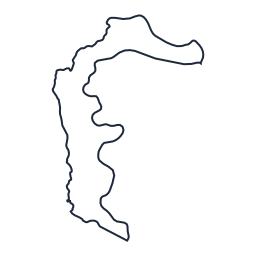 the border of Azad Kashmir
{"feature_id": "PAK-1109", "entity_name": "Azad Kashmir", "entity_type": "Centrally Administered Area", "adm_level": 1, "iso_a3": "PAK", "parent_name": "Pakistan", "parent_adm1": "", "projection": "mercator", "projection_center": [73.919, 33.973], "detail": "fine", "context": "isolated", "style": "outline", "palette": "slate", "viewbox_px": 256, "rotation_deg": 0, "n_neighbors": 0, "source": "natural_earth", "source_scale": "10m", "svg_char_len": 4113}
<svg xmlns="http://www.w3.org/2000/svg" viewBox="0 0 256 256"><path d="M200.8,63.4L199.9,62.7L196.9,62.7L191.6,63.9L184.0,64.2L155.4,58.5L134.9,50.9L129.7,50.1L124.6,50.5L119.4,52.6L113.3,57.1L111.2,58.2L98.3,60.5L97.2,61.0L94.8,63.0L94.7,65.3L95.3,67.8L95.4,70.6L94.2,72.6L90.3,75.4L89.0,77.6L88.8,81.3L88.4,82.5L87.7,83.3L85.7,84.4L84.8,85.1L83.5,87.3L83.1,89.7L83.7,92.1L85.5,94.0L87.5,95.2L89.5,96.0L91.6,96.3L93.9,96.1L96.3,96.3L97.7,98.0L99.5,102.9L100.6,104.7L101.3,106.9L101.0,108.9L99.5,110.3L94.6,112.9L92.7,114.9L92.0,117.9L92.8,120.8L94.6,123.4L97.0,125.2L99.5,125.7L105.0,124.3L106.7,124.4L111.0,125.9L113.9,125.8L117.0,125.0L119.9,124.9L122.5,126.7L123.5,129.9L122.7,133.0L120.8,135.8L118.6,138.1L115.8,140.1L112.9,141.4L104.2,142.9L102.3,144.7L99.5,149.7L99.0,150.9L98.6,152.1L98.4,153.4L98.2,156.2L98.4,157.8L98.8,159.2L99.5,160.5L103.4,163.8L108.5,166.7L112.9,170.2L114.2,175.5L112.5,183.0L110.0,190.0L109.2,191.7L108.3,193.0L107.2,194.2L105.9,195.2L102.8,196.4L101.5,197.3L100.7,199.0L100.5,203.3L101.6,206.3L103.8,208.6L106.7,210.7L109.4,213.4L113.9,219.6L116.9,221.4L124.4,222.7L126.7,224.1L127.5,226.2L127.7,231.1L128.7,236.1L128.5,238.1L127.6,239.9L127.1,240.6L100.0,226.5L99.5,225.9L98.1,223.5L98.1,223.4L97.8,222.9L97.4,222.4L96.8,221.8L95.4,221.0L93.9,220.6L91.1,220.7L90.0,220.9L89.2,221.2L87.6,222.0L87.0,222.2L85.6,222.1L84.0,221.1L83.0,220.6L82.2,219.1L79.6,217.5L74.8,215.3L72.2,213.5L70.7,211.5L72.6,209.7L72.5,208.6L73.0,207.8L73.3,206.8L73.4,205.6L72.9,204.6L72.2,204.0L70.6,203.0L70.3,202.5L70.2,201.9L70.2,201.3L70.1,201.0L69.7,201.0L69.0,201.1L68.9,201.2L68.5,201.4L67.9,201.4L67.6,201.5L67.4,201.3L67.3,200.4L67.5,200.3L68.0,200.2L68.7,199.8L68.9,199.6L68.8,197.7L68.5,195.8L68.4,194.0L68.7,193.0L68.9,192.3L69.2,191.2L68.8,190.3L67.8,189.0L67.0,187.7L66.8,185.9L67.5,184.7L68.5,183.6L69.3,180.7L69.9,180.2L70.0,180.2L70.6,180.0L71.1,179.6L71.2,178.7L71.0,177.9L70.7,177.2L70.1,174.0L70.1,173.1L70.4,172.4L70.9,172.2L71.4,171.9L71.8,171.0L71.6,169.4L71.0,167.6L70.1,165.9L69.2,164.7L67.0,162.7L66.7,162.0L67.2,160.6L67.0,160.0L67.1,159.1L68.6,155.9L68.9,154.6L68.9,152.8L68.6,151.0L68.0,149.4L67.0,148.0L66.2,145.4L67.5,138.2L67.3,134.9L62.3,125.4L62.3,125.2L61.5,119.5L60.0,113.6L60.0,112.4L59.9,111.8L59.9,111.5L60.1,108.4L60.0,106.7L58.7,99.8L58.7,99.7L57.5,98.4L57.2,97.5L56.5,96.1L53.2,91.3L52.7,89.3L53.0,88.8L53.9,87.1L54.3,85.9L54.7,84.1L54.8,83.9L54.9,83.4L54.8,80.4L54.9,80.0L54.9,79.9L55.0,79.7L55.5,78.8L55.6,78.6L55.7,78.2L55.7,77.9L55.6,75.3L55.6,74.9L55.8,74.5L56.2,73.7L56.3,73.4L56.4,73.1L56.4,72.2L56.4,71.7L56.5,71.3L56.7,70.9L57.1,70.5L57.8,70.1L60.3,69.7L60.6,69.6L61.1,69.7L62.8,70.0L63.0,70.0L63.5,70.0L65.1,69.2L66.1,68.7L66.8,68.4L67.5,68.3L68.2,68.3L68.4,68.3L68.9,68.4L69.3,68.7L69.4,68.9L69.5,69.1L69.7,69.6L70.0,70.2L70.2,70.5L70.4,70.7L70.8,70.7L71.3,70.2L72.1,68.6L73.7,63.9L73.8,63.3L73.8,62.8L73.6,62.3L73.1,61.4L72.9,61.0L72.8,60.5L72.9,60.0L73.0,59.6L75.5,55.8L75.9,55.0L76.6,52.9L77.1,51.8L77.7,51.1L78.6,50.3L80.3,48.9L81.1,48.4L81.8,48.2L83.3,48.3L83.8,48.2L84.3,48.0L84.9,47.7L86.4,46.5L86.7,46.4L88.5,46.0L92.0,46.4L92.2,46.2L92.4,46.2L93.9,45.0L94.2,44.8L94.6,44.6L95.2,44.1L95.3,44.0L95.6,43.7L96.3,42.5L96.7,42.1L97.1,41.7L97.7,41.2L98.3,41.0L99.6,40.8L100.1,40.7L100.5,40.6L101.4,40.3L102.4,39.9L102.7,39.6L102.8,39.4L103.2,38.9L103.4,38.7L103.8,37.0L104.2,36.1L104.4,35.8L104.8,35.3L105.7,34.6L105.8,34.5L106.0,34.3L106.4,33.4L106.6,32.6L106.5,31.0L106.6,30.2L106.8,29.4L107.5,28.5L108.3,27.7L108.9,27.3L109.3,27.0L109.5,26.7L109.6,26.2L109.3,25.5L108.9,25.0L108.5,24.7L107.6,24.2L107.3,24.0L107.1,23.9L107.0,23.7L106.9,23.4L106.8,23.1L106.7,22.7L106.9,22.1L107.6,20.5L108.0,19.9L108.6,19.2L109.5,18.4L111.5,17.8L112.6,17.8L115.6,17.9L123.2,19.0L129.9,18.4L134.8,16.5L139.0,15.4L141.1,15.7L143.7,17.1L146.0,19.7L148.0,23.0L151.1,30.4L152.9,33.5L155.1,35.7L166.3,42.3L171.7,44.6L176.7,46.1L180.5,46.1L183.0,45.7L184.9,45.0L188.0,44.4L189.6,43.5L192.5,40.8L193.9,40.5L194.0,40.5L195.7,41.3L199.5,45.3L201.4,48.0L202.8,51.2L203.3,54.5L203.0,57.6L201.0,62.3L200.8,63.3L200.8,63.4Z" fill="none" stroke="#1e293b" stroke-width="2"/></svg>